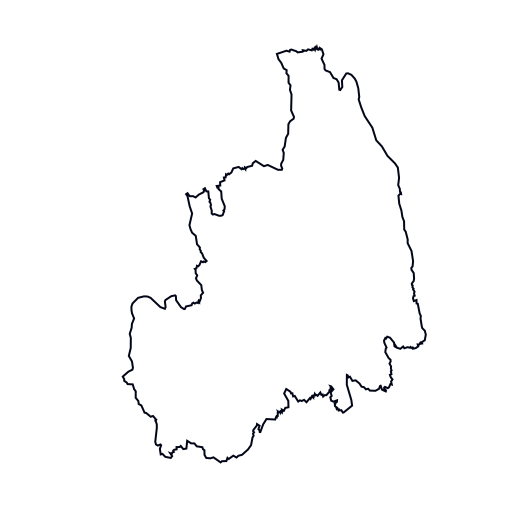 Wonogiri, Jawa Tengah, Indonesia (Equal Earth projection), rotated 165°
{"feature_id": "22746128B32217084331074", "entity_name": "Wonogiri", "entity_type": "district", "adm_level": 2, "iso_a3": "IDN", "parent_name": "Indonesia", "parent_adm1": "Jawa Tengah", "projection": "equal_earth", "projection_center": [111.032, -7.962], "detail": "fine", "context": "isolated", "style": "outline", "palette": "ink", "viewbox_px": 512, "rotation_deg": 165, "n_neighbors": 0, "source": "geoboundaries", "source_scale": "gbopen_adm2", "svg_char_len": 6048}
<svg xmlns="http://www.w3.org/2000/svg" viewBox="0 0 512 512"><g transform="rotate(165 256 256)"><path d="M138.9,438.5L140.4,440.3L140.8,439.2L141.5,440.0L142.4,439.1L143.2,439.6L143.2,442.2L144.0,441.2L144.4,442.1L145.6,440.0L145.9,441.6L147.1,440.5L147.9,441.5L148.9,440.2L152.2,442.1L154.3,441.1L157.4,442.6L157.3,441.5L158.2,441.3L163.1,441.9L164.0,443.3L168.5,446.3L169.8,446.2L170.7,444.7L173.4,446.4L183.5,445.8L183.3,440.2L181.6,436.0L180.7,430.0L178.3,427.6L179.3,424.6L177.9,421.6L179.7,414.9L178.5,411.9L180.2,407.7L179.9,402.7L184.4,387.5L183.3,380.5L184.1,378.9L188.2,377.3L190.6,374.9L193.3,365.7L196.5,362.4L200.0,354.3L202.8,351.7L202.5,348.4L204.8,341.8L207.8,338.6L208.4,336.7L208.0,333.7L208.7,332.6L212.5,333.6L221.1,340.9L225.1,340.7L231.7,347.9L235.1,346.4L236.4,344.2L241.6,344.2L242.6,343.3L243.7,344.4L244.0,342.8L244.4,343.6L245.9,343.3L246.5,344.4L247.5,343.6L249.7,346.5L255.3,346.5L258.2,343.0L260.9,341.9L261.5,342.8L263.2,341.8L263.8,342.6L265.0,339.8L266.7,340.1L266.8,337.2L271.6,336.6L272.3,333.3L275.8,333.8L275.6,331.9L274.5,331.6L274.8,330.1L272.9,327.4L274.3,320.2L273.3,312.1L274.3,309.3L275.7,308.3L275.2,307.5L277.7,304.1L278.8,303.9L281.1,304.3L285.3,307.3L286.9,307.2L287.8,308.6L287.0,311.2L287.2,315.6L286.3,316.9L286.3,319.6L286.9,320.4L285.7,322.3L286.5,323.9L285.4,330.7L287.2,331.3L287.8,334.7L289.5,334.1L289.2,332.4L290.3,331.2L295.3,330.1L299.2,328.2L301.2,330.0L304.5,330.9L305.9,334.4L307.5,333.8L306.7,331.6L307.2,321.1L306.7,313.6L312.3,303.0L312.3,298.9L311.7,295.0L309.0,291.1L309.9,282.6L308.0,278.7L308.6,277.1L308.0,275.3L308.4,274.1L307.4,272.4L306.9,267.8L305.0,264.0L306.5,263.2L307.8,264.2L308.8,263.7L310.4,265.1L313.1,261.8L314.6,261.0L315.5,261.8L316.8,259.6L318.4,259.3L317.9,258.5L318.7,254.9L317.8,252.5L319.8,249.9L319.4,247.5L316.4,242.0L317.1,237.0L316.6,234.2L319.5,232.3L320.1,229.5L322.0,227.0L322.5,227.6L322.9,225.9L323.5,226.8L324.2,225.6L325.2,226.4L327.5,225.9L328.4,227.1L329.9,226.7L331.0,225.1L336.6,225.4L338.4,223.3L339.2,223.3L341.7,226.0L344.6,233.9L343.8,238.0L344.3,238.9L348.3,239.1L354.8,236.9L355.8,235.7L356.5,230.2L357.7,228.6L361.6,231.4L368.6,242.8L371.2,244.9L374.6,246.0L380.7,246.1L387.6,242.1L389.5,239.2L390.3,235.8L390.6,232.8L389.9,227.2L393.4,222.6L394.7,218.8L398.1,213.5L398.1,209.3L400.8,199.6L404.7,192.4L403.1,186.2L403.8,179.9L404.8,178.2L409.2,177.3L415.9,174.0L415.2,171.1L415.6,169.5L413.6,167.2L413.2,165.5L408.3,163.9L408.2,159.1L407.2,156.4L408.9,150.2L407.2,146.4L407.6,143.4L405.4,141.3L404.2,133.5L402.7,132.8L399.3,128.0L396.9,128.1L395.3,124.8L395.6,123.7L394.1,124.2L395.6,122.8L395.4,119.1L396.3,115.6L401.4,102.6L401.4,99.9L399.9,98.3L397.1,98.7L396.6,97.8L398.8,94.5L399.4,89.0L397.6,89.1L395.6,85.5L390.6,83.0L388.8,84.4L389.9,87.7L388.5,86.7L387.7,87.8L386.1,88.0L386.4,89.3L385.3,90.0L382.7,89.8L382.2,92.0L379.2,91.2L377.9,92.0L376.2,88.3L373.1,88.0L370.3,95.3L367.1,91.8L364.0,90.9L362.5,87.5L357.3,85.2L357.2,83.1L356.1,81.8L357.2,77.2L356.3,73.8L352.5,72.4L349.2,72.5L343.6,65.8L342.0,66.6L337.7,65.6L335.8,68.4L334.9,67.0L329.6,69.0L327.0,66.4L324.7,67.6L320.9,67.6L313.8,71.2L309.7,74.6L306.3,81.7L304.8,83.0L304.9,85.1L303.5,86.2L304.1,87.5L303.6,88.6L299.1,92.0L298.5,93.4L296.5,91.1L298.5,88.0L297.7,86.8L297.9,85.0L297.4,84.8L292.6,91.6L288.1,95.8L279.8,93.1L278.3,95.2L277.7,94.8L277.3,96.1L276.4,95.9L275.6,98.9L274.9,98.9L275.0,100.1L274.1,99.1L272.4,99.8L272.6,98.6L272.0,99.2L271.5,98.3L271.0,99.9L270.5,99.0L269.7,99.2L270.0,100.3L269.0,99.4L267.0,101.7L263.8,101.5L262.3,107.7L264.4,115.9L261.2,119.7L257.9,116.0L257.7,114.2L256.4,114.0L256.5,110.8L254.8,110.8L252.9,104.5L251.0,105.2L249.3,104.1L246.8,104.6L245.1,101.7L240.7,104.8L240.3,103.8L238.4,105.9L237.6,104.7L237.5,105.7L236.8,105.4L237.0,106.4L235.7,106.3L234.9,107.6L234.5,106.1L233.7,106.3L232.7,105.0L229.2,107.5L228.8,104.9L227.5,105.0L227.5,102.9L225.8,103.8L224.0,103.4L220.0,106.1L219.9,107.3L218.7,107.5L218.2,109.0L217.7,108.1L217.1,109.2L217.7,111.0L217.2,110.7L215.7,107.2L219.2,104.9L219.1,101.3L220.8,100.3L220.8,96.8L218.9,95.3L215.1,95.6L215.6,94.2L218.0,93.3L217.7,92.6L218.3,92.2L218.5,90.4L217.7,89.4L217.6,87.4L216.7,87.9L216.3,85.7L215.5,86.2L215.1,85.2L213.5,85.0L212.6,82.2L211.8,82.2L201.9,86.6L201.2,92.1L201.6,108.2L199.0,117.6L198.4,117.1L198.0,114.8L196.5,115.1L195.2,110.4L191.9,110.1L189.0,106.0L187.9,102.5L185.6,101.3L184.4,98.8L182.0,98.7L180.8,96.5L175.5,94.9L171.5,95.9L169.9,98.3L169.2,98.4L168.9,94.3L165.7,91.6L165.2,92.4L166.5,94.9L166.2,95.8L165.3,96.2L162.9,94.2L161.6,94.7L159.3,97.5L158.1,96.7L158.0,99.8L156.1,101.5L157.2,103.9L157.4,106.6L155.8,106.8L155.5,109.9L154.7,110.3L154.8,112.7L154.1,114.3L154.9,117.5L153.3,119.2L152.9,120.9L154.3,123.1L156.0,129.7L154.6,133.0L153.6,133.7L154.5,139.0L154.2,141.2L152.3,143.3L151.8,142.6L150.1,144.1L147.7,142.4L145.1,136.7L145.6,132.9L145.0,132.3L144.5,133.6L143.6,130.9L140.6,129.0L137.3,130.5L136.6,128.5L133.2,128.7L131.0,127.5L130.3,128.1L128.7,126.1L128.1,126.8L127.6,125.8L125.6,125.7L122.7,126.7L122.7,128.7L121.3,128.2L119.8,129.6L119.5,128.6L118.2,128.5L118.4,129.8L114.8,130.9L112.3,136.2L112.3,140.2L114.0,143.1L114.1,144.8L113.3,152.9L112.3,155.4L112.8,158.1L112.1,168.0L113.2,168.6L112.4,171.9L115.2,171.6L115.3,174.5L114.2,176.5L113.0,176.6L113.1,178.9L112.1,180.5L112.9,183.1L112.3,183.6L113.0,185.3L112.3,186.9L112.9,187.7L112.6,189.1L110.1,191.1L109.1,193.4L108.1,198.7L109.4,202.6L109.0,204.3L107.4,205.5L105.6,210.4L104.5,220.6L106.2,229.2L105.2,232.7L105.1,240.8L106.0,243.1L104.0,251.2L104.5,255.8L103.8,262.2L104.1,269.4L102.8,277.4L100.6,278.8L99.8,278.3L99.6,280.0L100.3,280.6L99.7,283.7L100.3,287.7L97.6,294.4L96.1,304.7L97.8,309.5L103.1,318.7L106.0,329.2L109.9,336.6L110.4,349.8L114.8,363.0L115.9,372.5L116.3,380.7L115.1,382.9L113.8,391.5L113.9,398.5L114.7,401.8L116.9,406.2L119.9,408.7L121.6,408.9L127.5,403.5L128.9,396.9L131.7,394.5L132.5,395.0L131.3,402.1L132.4,405.9L135.1,407.9L136.9,414.4L140.8,417.3L141.4,419.0L140.4,422.8L141.6,429.7L138.6,433.4L138.9,438.5Z" fill="none" stroke="#020617" stroke-width="2"/></g></svg>